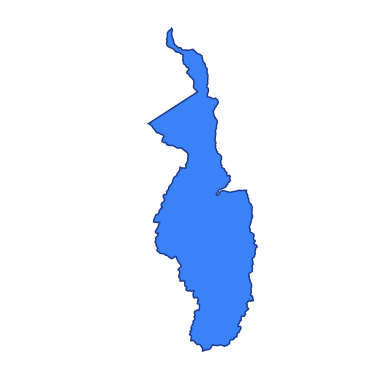 Huacaybamba, Huánuco, Peru (Robinson projection), rotated 235°
{"feature_id": "86281439B62210146896152", "entity_name": "Huacaybamba", "entity_type": "district", "adm_level": 2, "iso_a3": "PER", "parent_name": "Peru", "parent_adm1": "Huánuco", "projection": "robinson", "projection_center": [-76.78, -9.003], "detail": "fine", "context": "isolated", "style": "filled", "palette": "blue", "viewbox_px": 384, "rotation_deg": 235, "n_neighbors": 0, "source": "geoboundaries", "source_scale": "gbopen_adm2", "svg_char_len": 6039}
<svg xmlns="http://www.w3.org/2000/svg" viewBox="0 0 384 384"><g transform="rotate(235 192 192)"><path d="M121.1,218.3L123.1,218.0L125.7,216.9L126.6,217.0L128.2,218.3L129.5,218.5L130.5,219.0L133.7,223.4L134.4,223.6L134.9,224.6L135.9,225.5L136.6,227.3L137.6,227.4L138.2,228.2L139.2,228.1L145.0,232.5L145.9,232.9L148.7,233.3L149.4,233.0L152.0,233.1L152.8,233.8L154.5,234.7L156.0,234.6L157.4,235.8L161.0,236.4L162.1,237.6L163.1,236.4L164.5,233.8L166.6,231.2L167.7,227.8L169.2,224.9L169.8,223.0L174.4,219.1L175.4,217.9L176.1,216.1L176.1,215.4L174.7,212.7L174.6,210.9L174.9,210.5L176.0,210.5L176.6,211.0L176.8,212.9L178.2,214.7L178.3,215.2L178.2,216.7L177.7,217.5L176.8,222.3L177.2,223.5L177.9,224.1L177.6,225.4L178.2,225.7L179.0,226.7L178.7,228.1L179.5,230.1L181.4,230.5L181.9,231.0L182.4,231.9L183.8,232.4L184.3,232.2L184.7,230.8L185.4,230.1L188.2,231.7L189.6,231.2L191.0,231.1L191.5,231.6L192.9,231.7L194.4,230.7L194.9,230.6L196.3,231.2L196.7,231.7L198.0,231.6L199.1,232.4L200.6,232.9L201.5,234.0L201.6,234.6L203.9,236.3L205.1,236.5L206.7,236.3L208.9,235.1L210.1,235.7L211.4,235.7L213.0,236.3L214.8,236.5L216.1,237.8L217.7,238.6L218.4,239.7L219.4,240.1L221.1,240.4L226.6,245.2L228.5,246.2L229.2,246.8L230.1,248.5L232.0,249.7L234.8,252.9L236.5,253.5L241.9,253.8L245.8,255.6L247.3,258.3L249.7,264.0L250.2,264.8L251.2,265.4L252.7,265.6L255.2,265.2L255.6,264.8L255.7,263.5L256.2,262.8L258.8,261.4L261.3,259.2L263.7,261.1L264.8,262.8L265.7,263.7L267.4,264.6L268.1,264.6L269.2,264.2L270.1,264.6L271.5,266.7L272.1,267.4L273.8,268.3L278.0,271.7L279.2,272.3L281.1,272.6L284.0,275.0L286.4,274.7L289.5,276.2L292.3,275.8L298.0,278.3L299.6,277.6L302.6,275.7L308.3,274.7L310.2,270.1L312.0,268.4L312.5,267.1L313.3,266.0L314.1,265.6L316.4,265.5L317.2,264.9L318.0,263.5L319.7,263.3L322.5,262.4L324.4,262.6L328.0,264.2L331.1,264.8L331.9,265.6L333.2,265.9L336.1,268.9L337.8,269.3L337.2,267.3L337.3,265.8L337.1,264.7L336.0,262.6L333.7,261.4L331.4,258.6L329.5,258.2L329.1,256.9L328.6,256.6L326.9,255.9L325.5,255.8L324.1,256.2L320.1,258.7L318.6,259.1L316.6,258.9L315.5,259.9L314.7,260.3L314.0,261.2L313.2,261.8L312.0,262.0L310.0,263.2L309.3,263.3L308.9,263.1L308.6,262.4L305.9,261.0L305.1,259.8L303.9,259.8L302.4,258.8L301.5,258.7L300.4,259.4L298.2,259.1L296.9,259.4L296.3,260.0L294.7,260.0L293.7,258.9L293.6,257.2L292.6,256.0L290.4,256.8L287.5,256.6L285.6,257.2L282.8,257.5L281.5,257.0L280.5,256.1L279.6,256.0L278.0,254.0L276.3,253.1L270.8,254.0L273.0,195.5L272.2,196.2L270.6,196.5L269.5,197.1L267.7,196.8L263.2,197.2L261.2,197.0L260.1,197.7L259.0,199.2L257.9,199.2L256.7,200.2L254.7,201.2L253.9,200.9L253.2,199.6L252.6,199.1L252.4,198.3L251.2,196.7L250.5,196.5L248.7,197.3L247.0,199.1L246.6,199.2L245.5,198.5L244.6,198.8L242.1,201.4L241.3,202.8L239.2,204.0L237.1,204.8L235.6,206.3L235.1,207.3L233.7,208.7L232.6,209.1L231.8,208.9L230.9,209.6L230.0,209.6L229.2,210.3L228.0,210.2L227.0,211.0L223.9,209.7L221.4,207.2L220.9,207.2L220.5,206.9L218.6,204.1L218.1,202.5L216.3,201.8L215.3,200.4L215.3,200.0L216.4,199.1L217.1,198.1L217.1,197.4L219.2,196.7L218.8,196.0L216.9,194.4L215.8,191.6L215.6,190.4L214.3,189.0L214.2,185.5L213.8,184.7L210.8,180.9L209.2,175.6L207.3,174.3L207.6,172.8L207.1,172.4L206.9,171.6L206.7,171.2L205.5,170.7L204.8,169.8L204.8,169.4L205.9,167.9L205.4,166.2L204.0,165.5L201.2,165.2L200.4,163.7L200.2,162.9L200.3,161.2L199.7,159.9L198.1,158.8L196.3,158.8L196.5,157.4L196.3,156.7L195.7,156.2L195.8,154.6L194.1,153.3L193.3,151.3L194.0,149.8L193.9,149.2L191.0,144.7L189.7,143.5L188.8,143.7L187.9,145.1L186.7,146.3L186.4,147.6L185.5,148.1L184.2,145.7L182.9,144.4L180.8,139.5L180.2,139.1L178.9,139.0L177.3,140.7L175.7,138.0L175.3,136.0L173.6,135.0L172.2,133.1L170.1,132.9L168.3,131.9L165.9,132.0L165.2,131.7L164.5,129.9L164.2,129.7L162.9,129.9L162.3,130.3L160.6,130.4L159.6,131.2L157.5,133.5L155.2,134.2L154.4,135.2L149.5,136.7L149.2,137.0L149.1,138.0L148.7,138.6L149.1,140.9L148.0,141.9L144.2,140.9L142.1,140.7L139.9,140.9L137.6,140.6L137.0,140.0L136.9,137.4L136.3,136.0L134.8,136.5L133.3,136.1L130.6,132.7L129.8,132.4L128.0,132.7L126.1,131.2L125.4,131.6L124.2,134.3L123.6,134.6L122.2,134.4L119.1,132.3L118.1,132.8L116.7,132.7L115.7,131.2L114.9,131.0L113.7,131.5L112.8,132.6L112.4,133.7L111.1,134.4L110.2,136.8L109.7,136.6L108.0,134.5L105.2,132.9L104.0,133.0L103.4,134.6L102.7,135.4L100.4,135.7L100.1,135.6L99.6,134.3L97.8,132.6L97.3,132.5L96.3,133.4L95.4,133.3L94.1,132.7L91.4,130.4L91.3,129.6L92.3,128.9L92.3,127.3L92.7,126.0L92.2,125.0L90.6,124.2L88.8,123.6L88.6,122.0L86.7,121.8L85.7,120.3L85.5,118.6L83.8,117.9L83.0,116.0L81.1,113.0L79.7,113.1L79.3,112.8L79.1,110.5L77.9,110.4L77.5,110.1L76.8,108.3L75.8,108.4L74.5,109.0L72.5,107.5L71.1,105.8L70.6,105.7L70.2,106.9L69.4,108.1L68.5,108.4L67.2,108.2L64.2,108.7L63.0,110.7L62.4,111.1L61.6,110.9L60.3,111.2L59.2,110.8L58.2,111.1L57.2,110.7L55.6,109.4L55.3,110.5L55.3,111.5L54.6,112.5L54.4,114.0L53.8,114.4L53.5,115.1L53.2,116.9L53.3,117.6L54.3,119.3L54.9,121.7L53.5,122.6L51.6,124.6L50.4,127.9L47.0,130.1L47.3,130.6L47.2,131.2L46.2,132.4L46.5,133.9L46.3,135.5L46.9,136.4L48.2,137.3L48.6,138.8L48.5,139.4L47.6,140.6L47.6,142.1L48.4,143.7L48.3,144.6L47.7,145.6L48.4,146.5L50.1,147.3L50.2,150.2L52.1,153.5L53.1,154.4L53.7,154.6L54.5,154.1L55.3,152.7L55.8,152.8L57.0,154.1L57.4,155.5L58.8,157.3L58.6,158.6L59.6,159.5L60.9,160.1L61.5,160.9L61.6,161.7L60.5,162.9L60.4,163.9L61.3,166.0L62.8,166.1L63.3,166.9L63.6,170.8L63.8,171.3L64.3,171.5L65.5,170.9L66.3,171.1L67.7,172.5L69.3,172.4L69.5,173.6L70.2,174.4L69.9,175.2L70.3,176.7L70.2,177.0L68.8,177.5L68.7,178.6L67.9,179.6L67.9,180.0L69.7,180.6L72.0,181.8L73.7,180.6L75.9,183.1L79.3,185.1L80.4,186.6L82.1,187.7L83.6,188.2L85.8,188.2L86.5,189.1L88.2,189.1L89.9,190.4L91.8,191.0L92.7,192.5L92.4,195.4L92.8,196.2L94.0,196.9L94.7,197.8L96.5,198.4L97.6,199.8L97.9,200.8L102.5,202.9L103.1,204.3L103.2,206.0L104.4,207.0L104.7,208.1L107.4,209.6L107.9,210.6L109.1,211.4L109.5,212.1L109.7,214.0L111.7,214.2L112.3,213.9L112.9,213.2L114.2,213.1L115.7,215.8L116.3,215.8L117.3,215.1L119.2,215.9L121.1,218.3Z" fill="#3b82f6" stroke="#1e3a8a" stroke-width="1.5"/></g></svg>